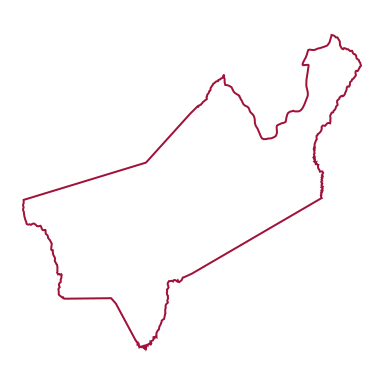 the district of Segovia, Antioquia, Colombia
{"feature_id": "7082276B19668764793541", "entity_name": "Segovia", "entity_type": "district", "adm_level": 2, "iso_a3": "COL", "parent_name": "Colombia", "parent_adm1": "Antioquia", "projection": "equal_earth", "projection_center": [-74.607, 7.274], "detail": "fine", "context": "isolated", "style": "outline", "palette": "rose", "viewbox_px": 384, "rotation_deg": 0, "n_neighbors": 0, "source": "geoboundaries", "source_scale": "gbopen_adm2", "svg_char_len": 5898}
<svg xmlns="http://www.w3.org/2000/svg" viewBox="0 0 384 384"><path d="M339.8,41.5L337.4,37.4L336.0,37.5L334.4,35.9L333.1,35.3L331.5,35.0L331.3,36.3L329.5,42.4L327.7,45.0L326.7,45.8L323.1,47.1L319.6,48.2L317.9,48.5L314.7,49.9L312.4,50.0L309.6,49.6L308.3,50.0L307.7,51.5L307.0,54.2L305.7,57.7L304.9,58.9L302.9,63.0L302.7,63.9L302.6,64.7L303.1,65.2L307.9,64.8L308.5,65.1L308.6,65.9L306.5,79.7L306.3,84.1L306.4,86.3L307.7,91.9L307.9,94.7L307.5,96.5L304.3,104.7L302.4,108.4L300.6,110.4L299.3,111.1L298.2,111.4L294.8,111.4L293.5,110.8L289.8,111.8L288.1,113.0L287.3,114.4L286.5,117.2L285.7,121.8L283.8,122.8L281.6,123.3L277.3,125.3L276.9,126.0L276.6,127.1L277.0,132.6L276.3,135.0L275.8,136.0L273.6,137.4L271.0,138.4L268.4,138.5L266.5,139.0L263.8,139.2L262.0,138.4L260.9,136.6L257.6,128.7L256.4,126.9L255.5,125.1L254.9,122.9L254.7,119.1L254.2,117.0L253.2,114.9L250.6,112.4L249.8,111.1L249.2,109.1L248.4,107.6L247.0,106.5L244.8,105.5L243.3,104.0L241.4,100.0L240.7,99.2L240.1,97.4L239.3,96.6L239.3,95.7L235.0,93.0L233.7,91.7L231.5,87.2L229.3,85.9L227.4,85.2L225.3,85.0L224.6,82.0L224.6,79.0L224.1,77.6L224.0,74.5L223.0,76.5L222.9,77.5L222.6,77.8L220.9,78.6L220.1,79.4L218.5,79.9L218.1,81.1L216.6,81.3L215.6,81.9L214.5,83.0L213.2,83.8L212.8,84.8L211.6,86.4L210.6,88.1L210.4,90.4L209.3,91.1L208.7,93.0L207.2,94.8L207.0,96.4L206.5,97.1L206.9,99.0L203.0,102.0L202.2,103.2L201.4,103.9L201.0,104.6L198.8,105.6L198.6,105.9L198.5,106.5L198.2,106.8L197.6,106.3L190.2,113.7L146.0,162.6L23.6,199.9L23.7,202.9L23.0,205.0L23.6,207.4L23.0,209.5L23.3,210.7L23.8,211.8L24.3,216.0L25.4,220.0L26.3,222.1L26.4,223.3L26.8,224.0L27.8,224.5L28.5,224.6L29.4,224.3L31.0,224.8L32.0,224.1L33.4,223.5L34.0,223.6L35.5,224.5L36.7,225.9L38.1,226.3L40.5,225.8L41.1,226.6L41.8,228.8L42.7,230.0L43.4,230.2L45.2,229.9L45.5,230.1L45.7,233.7L47.3,235.1L47.8,236.1L48.2,238.1L50.0,240.3L51.8,243.8L51.3,247.3L51.2,249.5L51.6,250.1L52.7,250.1L52.9,252.9L53.2,254.5L53.8,255.9L54.6,257.1L55.0,258.5L54.8,261.3L55.7,262.5L56.2,263.9L57.0,264.5L57.0,265.2L57.4,266.3L57.4,271.4L57.1,272.7L57.7,273.5L58.0,274.4L59.3,274.0L60.1,274.7L60.6,274.7L61.2,274.2L61.7,274.9L61.4,276.2L61.4,277.8L60.7,279.5L60.7,282.1L59.5,283.1L58.9,284.6L59.0,285.4L59.7,287.1L58.9,288.1L58.4,289.1L58.8,291.9L58.7,294.1L59.2,295.1L61.9,297.2L63.0,297.3L62.9,298.0L63.1,298.2L64.1,298.4L64.5,298.7L111.1,298.2L115.9,303.6L135.7,340.5L136.0,340.6L136.7,342.0L137.8,342.4L137.8,343.1L137.4,343.9L137.5,344.6L138.3,344.1L138.3,344.5L138.6,344.7L138.8,344.6L138.9,345.1L139.2,345.5L139.0,346.5L139.5,346.9L139.5,347.3L140.7,346.8L141.3,347.1L141.7,347.1L142.4,346.7L142.4,346.2L143.0,346.2L143.6,346.8L143.5,347.4L143.7,348.1L143.7,348.8L143.9,348.4L143.8,347.8L144.1,347.2L144.4,346.9L144.3,346.1L144.6,346.2L145.0,346.8L145.2,348.0L145.6,348.0L145.4,348.8L145.9,348.7L146.0,349.0L146.1,348.8L145.9,348.0L146.1,347.9L146.3,346.9L146.0,346.1L146.4,346.3L146.5,346.1L146.6,344.9L147.2,344.8L147.8,345.3L147.9,344.7L148.4,344.1L149.4,343.8L150.4,344.1L150.5,344.5L150.9,344.4L150.9,343.9L151.3,343.5L151.0,342.6L150.9,341.8L150.7,341.9L150.9,341.6L150.6,341.6L150.5,341.3L150.9,341.3L152.7,340.5L153.1,340.0L153.4,339.4L153.5,337.1L154.2,337.0L154.8,337.8L155.6,336.6L156.5,337.2L156.4,333.5L156.9,332.0L158.0,330.2L158.8,329.6L159.5,326.3L160.4,325.0L161.6,321.8L161.7,320.8L162.5,319.9L164.0,319.0L164.4,317.6L165.1,314.0L165.5,313.3L165.2,312.2L165.3,309.0L165.8,307.5L165.5,306.5L165.8,304.9L166.2,304.2L167.7,302.8L167.9,302.3L167.3,301.1L167.4,300.1L168.1,298.3L167.8,297.0L168.0,295.9L167.2,294.9L166.8,292.6L167.2,291.4L167.0,289.5L168.0,288.5L168.6,287.3L168.3,286.8L168.2,285.5L167.7,284.7L167.8,283.0L168.3,282.1L169.0,281.5L169.1,281.1L171.2,281.0L171.7,280.8L173.0,281.5L173.6,280.3L174.7,280.0L175.8,280.4L177.1,281.4L177.8,280.4L178.4,281.9L179.2,282.1L181.5,280.3L182.9,277.5L183.2,277.3L183.9,277.3L191.8,273.7L321.7,198.0L321.2,197.4L321.1,196.9L320.9,195.3L321.3,195.3L321.4,195.1L321.1,192.9L321.2,192.4L321.8,192.4L321.7,191.8L322.3,191.5L322.3,190.9L321.7,190.4L322.5,190.1L322.2,189.0L322.6,188.7L322.7,188.2L322.5,187.3L321.9,187.3L321.8,187.2L322.1,186.9L321.7,186.9L322.1,186.3L321.7,186.1L321.5,185.2L322.0,184.4L321.8,183.9L322.3,183.3L321.2,181.9L321.7,181.0L322.2,180.7L321.5,179.4L322.3,178.4L321.6,177.3L321.9,176.9L322.5,177.1L322.8,176.6L322.8,176.1L321.9,175.2L322.4,174.1L322.9,173.5L323.1,172.9L322.4,171.5L321.2,171.4L320.0,171.7L319.4,170.1L318.1,167.9L318.0,166.1L318.3,164.9L317.5,164.7L317.2,164.1L315.8,164.1L315.8,163.6L316.2,162.1L315.1,162.5L314.4,161.7L315.0,161.5L314.4,159.9L315.0,159.8L315.0,159.5L314.6,158.0L313.7,158.0L313.4,157.4L313.7,156.9L314.7,156.8L313.9,154.2L314.6,153.2L314.2,151.2L314.6,150.4L314.2,150.2L313.7,149.2L313.8,148.8L314.0,149.1L314.4,149.2L314.7,148.6L314.9,147.4L314.5,146.2L314.7,143.8L315.4,142.1L315.9,140.4L316.8,139.3L316.5,137.3L316.6,135.8L317.5,135.1L317.8,134.0L318.6,133.7L320.5,131.8L321.4,130.2L321.5,129.3L321.8,128.5L321.6,127.0L322.7,125.6L323.7,125.5L325.0,125.9L326.2,124.6L326.9,123.6L328.3,122.9L330.1,123.3L330.5,121.2L330.2,120.2L330.6,118.5L330.2,116.5L330.3,115.4L331.7,112.7L333.2,112.3L333.7,110.7L335.2,109.4L336.2,106.4L337.5,105.1L337.6,104.6L337.1,102.3L337.1,101.0L337.3,100.5L339.4,98.6L339.5,97.5L340.5,96.8L340.8,96.3L342.2,95.7L342.7,96.2L343.6,95.8L344.7,94.4L345.0,93.9L345.3,92.5L346.1,91.1L346.7,89.0L346.7,87.8L347.3,86.6L348.1,86.4L348.8,86.7L349.2,86.5L349.8,85.1L350.1,82.1L351.6,80.9L352.1,79.4L352.8,79.2L355.4,76.2L355.9,74.9L355.6,73.9L355.5,72.1L355.8,71.1L356.2,70.8L357.6,71.0L358.1,70.6L358.8,69.0L359.3,68.3L359.8,66.9L360.1,66.9L361.0,65.6L360.1,62.7L359.2,61.4L358.9,60.2L356.8,58.6L356.4,57.8L356.1,55.5L354.7,54.1L354.1,54.2L353.3,53.6L352.6,52.3L352.4,51.4L352.1,50.8L350.1,51.0L348.0,49.2L346.9,49.3L345.8,48.5L345.0,48.5L344.4,48.1L344.0,48.1L343.1,49.2L341.8,48.5L340.0,45.2L339.8,41.5Z" fill="none" stroke="#9f1239" stroke-width="2"/></svg>